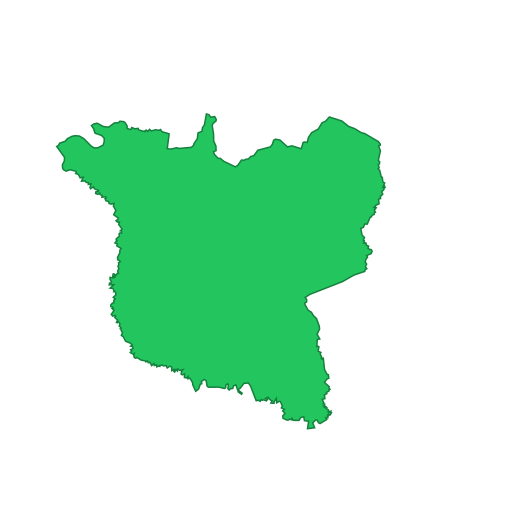 the district of Ratsada, Trang, Thailand, rotated 249°
{"feature_id": "78962969B5329491691086", "entity_name": "Ratsada", "entity_type": "district", "adm_level": 2, "iso_a3": "THA", "parent_name": "Thailand", "parent_adm1": "Trang", "projection": "orthographic", "projection_center": [99.655, 7.929], "detail": "fine", "context": "isolated", "style": "filled", "palette": "green", "viewbox_px": 512, "rotation_deg": 249, "n_neighbors": 0, "source": "geoboundaries", "source_scale": "gbopen_adm2", "svg_char_len": 6121}
<svg xmlns="http://www.w3.org/2000/svg" viewBox="0 0 512 512"><g transform="rotate(249 256 256)"><path d="M78.0,263.5L80.1,263.3L79.2,265.1L80.4,265.4L81.0,266.9L81.8,265.9L82.6,266.9L81.1,268.3L82.6,270.3L83.1,269.8L84.3,270.3L83.8,268.5L84.7,267.7L84.7,268.4L86.3,268.5L88.6,266.9L89.0,267.8L90.0,267.5L90.4,265.7L91.1,266.3L91.7,265.6L91.7,266.5L93.1,267.1L94.0,265.8L94.8,266.7L98.5,266.5L98.1,269.2L101.8,270.1L102.1,272.8L103.5,272.9L103.7,275.6L104.8,275.9L104.9,277.3L107.1,276.8L107.8,277.5L113.5,274.6L115.8,278.4L115.8,280.2L119.3,281.0L119.8,280.0L125.4,279.3L136.4,282.2L136.2,280.6L137.1,280.3L137.8,281.1L141.5,280.8L142.7,282.0L144.9,279.9L148.7,282.2L149.6,281.5L149.7,280.3L156.1,283.3L155.7,285.8L161.1,285.0L165.0,289.2L167.7,289.9L175.8,290.1L179.9,288.2L183.6,287.6L186.8,285.2L193.4,284.3L194.5,284.5L194.9,286.8L197.2,287.7L199.7,287.0L200.9,292.7L201.1,327.7L203.1,340.6L202.6,352.0L204.3,353.1L204.4,354.9L206.7,354.3L208.8,356.4L211.3,355.8L213.7,357.6L214.9,359.7L216.8,359.4L216.9,364.3L218.8,366.1L220.7,365.9L221.5,364.4L223.2,363.3L224.8,364.7L226.6,362.9L228.6,363.3L229.5,361.4L229.9,362.3L230.9,361.8L231.5,362.6L232.5,361.9L234.3,363.9L237.6,362.5L244.2,363.7L244.2,366.5L246.9,368.8L245.9,371.3L251.2,376.4L251.1,377.7L252.5,379.1L252.4,381.2L253.9,382.0L254.1,383.2L256.6,382.9L257.4,384.7L258.7,383.8L258.4,385.3L259.6,384.6L260.4,386.2L260.6,389.6L265.1,390.8L265.0,392.9L266.9,393.4L268.3,396.5L270.9,396.3L272.2,399.3L273.5,399.5L273.6,401.0L275.2,401.1L275.1,399.5L278.1,402.3L279.7,401.0L284.2,402.1L285.0,401.3L291.5,402.2L293.7,401.3L294.3,402.6L297.4,402.9L297.7,404.1L299.3,405.2L301.5,404.5L309.5,409.8L314.9,409.9L314.9,411.7L315.9,412.1L318.9,411.3L331.3,401.4L333.6,398.3L339.5,393.8L343.8,388.9L351.2,384.6L359.5,374.3L356.9,369.2L356.7,365.4L352.2,359.6L351.2,352.2L348.0,347.6L343.7,344.5L345.2,341.8L345.0,340.6L339.9,336.7L346.0,329.0L346.6,324.5L355.7,319.9L358.0,316.2L357.8,314.0L354.3,311.2L352.7,308.4L354.1,295.6L350.4,289.9L350.8,286.8L349.3,283.6L350.0,281.2L349.6,279.4L350.8,276.8L347.2,271.6L346.6,268.7L356.0,259.8L359.9,257.7L360.8,255.6L365.7,253.6L368.5,253.6L368.7,256.5L373.0,258.0L378.5,257.7L385.1,260.1L393.2,261.8L395.0,263.1L396.4,267.1L397.6,267.8L401.0,267.4L401.8,263.5L404.8,262.7L406.4,260.6L396.8,254.8L395.1,252.1L391.8,250.2L391.7,246.0L386.6,243.3L383.0,238.2L381.8,237.6L380.6,234.7L384.0,222.7L385.5,220.8L386.4,214.6L388.0,211.6L401.2,218.7L405.7,212.8L408.3,212.2L408.1,210.3L409.8,207.8L410.3,203.0L412.4,202.0L411.1,199.5L412.9,198.7L412.8,197.5L411.9,196.9L415.6,191.8L417.4,191.7L418.2,188.5L420.5,186.0L419.0,184.6L419.4,183.6L421.2,181.5L423.9,182.3L427.6,181.5L428.9,180.6L430.6,177.2L429.7,175.1L431.0,171.6L429.1,164.5L431.6,159.9L436.9,155.3L437.4,151.7L436.7,149.1L433.0,150.0L428.4,149.7L423.9,155.0L420.3,156.5L417.1,155.2L414.3,153.0L413.7,146.8L414.9,143.7L417.5,141.6L427.1,137.4L431.2,134.2L433.2,130.2L433.7,127.1L433.2,122.2L431.5,118.9L431.7,113.1L429.9,111.1L429.7,109.2L416.7,112.6L413.4,111.1L410.5,107.9L407.5,107.0L405.5,107.2L403.3,109.1L403.1,113.4L399.6,118.3L398.4,118.3L397.7,117.2L395.7,119.4L392.0,119.8L391.5,122.9L388.4,119.9L387.3,123.3L385.5,123.9L384.5,125.8L382.9,125.1L382.5,127.8L379.4,125.5L378.1,125.7L378.8,129.1L376.7,129.2L373.6,132.5L372.9,132.0L373.3,129.4L371.8,128.7L370.3,130.4L370.8,132.7L369.5,132.4L367.5,134.1L366.1,133.2L365.4,136.4L364.6,137.1L363.9,137.0L363.7,135.6L361.3,135.7L359.7,138.0L357.6,137.6L356.3,139.5L356.0,142.2L353.6,140.7L348.8,141.5L345.5,137.9L341.2,140.8L339.7,140.5L339.1,138.0L337.4,138.7L336.6,140.7L334.7,139.1L329.1,140.6L328.2,138.4L327.6,139.4L325.6,138.7L326.3,137.3L325.8,136.1L323.4,135.5L322.2,131.8L321.2,131.2L320.3,131.9L318.8,129.0L317.0,130.8L315.3,129.7L311.4,132.8L310.1,130.9L307.9,130.1L304.3,126.2L302.0,125.5L301.1,126.7L299.4,127.3L299.0,125.3L296.8,124.6L295.9,123.4L293.5,123.5L291.5,121.4L289.2,121.4L289.5,120.2L288.1,118.4L290.4,116.8L290.4,116.1L288.3,115.0L287.6,117.3L286.8,116.7L286.8,114.5L288.4,112.1L286.6,111.4L283.3,111.8L282.6,111.1L283.2,109.6L281.7,108.6L280.1,112.9L278.3,108.3L277.0,110.8L274.8,111.0L273.7,110.3L273.3,111.6L272.2,111.9L269.9,111.2L268.6,107.9L266.4,109.2L265.6,107.4L263.2,106.4L263.5,105.1L262.5,103.0L260.6,102.3L259.8,103.7L258.5,104.1L258.4,102.8L256.2,104.0L253.3,99.9L251.2,100.7L251.2,102.3L250.3,103.5L249.2,102.1L245.8,103.8L243.9,101.9L243.4,102.7L244.4,103.8L241.4,104.7L239.6,103.2L237.8,104.3L236.8,103.2L236.2,103.9L234.6,103.4L232.6,104.0L230.1,101.8L228.4,103.1L223.2,103.7L219.5,107.6L217.4,108.5L216.8,106.7L215.7,108.4L213.6,108.0L213.5,105.4L211.9,105.9L210.9,104.0L208.4,106.1L208.6,107.4L206.9,106.2L204.7,106.0L203.6,107.2L203.9,108.5L199.9,111.5L197.9,114.9L196.6,115.2L197.0,117.0L195.0,117.2L194.8,118.8L191.0,119.3L192.2,122.1L190.2,121.8L190.1,124.1L188.1,123.6L188.2,125.3L187.4,126.7L188.3,127.0L187.7,129.5L186.7,130.0L185.9,132.8L183.3,133.0L184.0,136.1L182.5,137.5L179.2,136.2L179.6,138.9L178.7,139.1L178.0,137.9L176.8,138.5L178.6,140.4L176.7,141.4L178.7,142.3L176.4,143.9L176.1,146.9L175.2,145.3L172.7,143.8L171.5,144.5L171.4,147.0L168.2,145.6L167.0,147.6L167.8,149.4L165.8,148.5L165.5,150.6L160.4,151.4L158.6,150.8L151.3,151.2L152.3,154.7L156.1,157.9L156.2,159.6L158.4,160.0L159.3,163.5L157.5,164.8L152.1,163.7L150.6,164.5L146.9,174.3L143.6,179.1L143.8,180.4L146.3,181.6L146.8,183.8L145.4,183.9L142.3,182.2L140.5,182.9L141.2,184.6L140.6,186.8L142.9,188.5L142.9,191.0L135.2,190.8L132.1,193.0L132.9,193.9L136.8,191.6L137.8,191.8L138.1,193.7L141.4,199.2L140.1,203.4L136.7,204.3L120.9,204.3L120.4,206.5L118.8,207.8L120.2,209.5L119.0,210.1L119.0,211.6L117.0,213.7L118.1,215.6L119.6,214.0L120.0,216.6L116.5,217.8L115.0,219.1L113.4,217.2L112.0,220.0L113.7,221.0L115.8,224.0L111.5,222.6L112.0,225.6L111.3,226.6L106.4,226.8L105.1,225.2L102.8,227.5L101.8,225.4L98.8,226.7L97.2,223.7L94.8,223.1L91.7,226.1L91.2,227.6L91.8,229.0L90.4,230.3L91.5,231.4L89.3,231.7L87.1,237.3L89.1,239.8L88.9,243.0L84.9,242.2L82.9,245.9L76.3,242.2L74.6,249.2L79.9,249.2L81.6,253.1L81.0,254.1L77.9,254.6L76.6,255.8L78.0,263.5Z" fill="#22c55e" stroke="#15803d" stroke-width="1.5"/></g></svg>